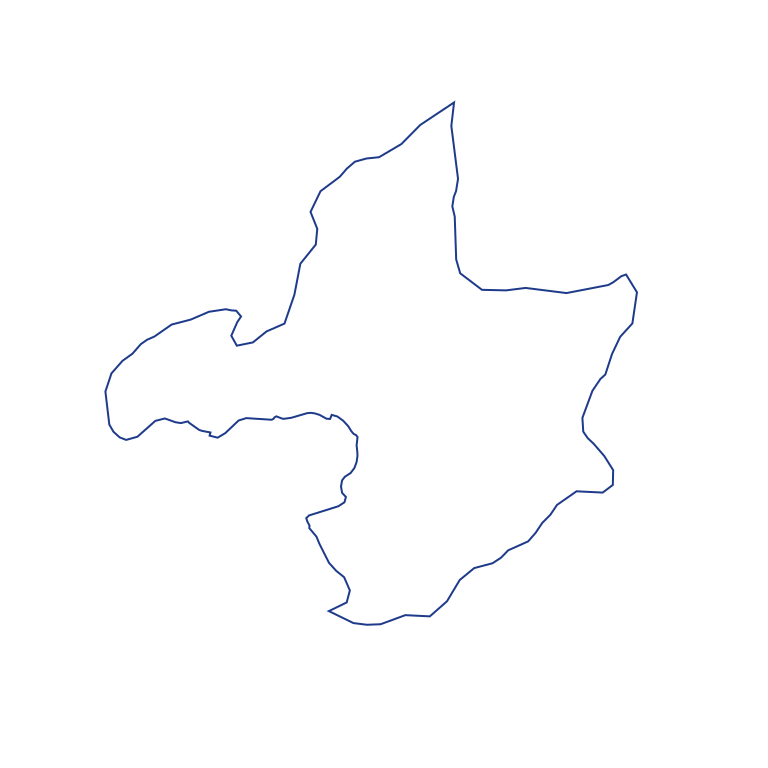 SVG path tracing the border of Malatya, rotated 157°
{"feature_id": "TUR-2284", "entity_name": "Malatya", "entity_type": "Province", "adm_level": 1, "iso_a3": "TUR", "parent_name": "Turkey", "parent_adm1": "", "projection": "natural_earth1", "projection_center": [38.295, 38.485], "detail": "fine", "context": "isolated", "style": "outline", "palette": "blue", "viewbox_px": 768, "rotation_deg": 157, "n_neighbors": 0, "source": "natural_earth", "source_scale": "10m", "svg_char_len": 1954}
<svg xmlns="http://www.w3.org/2000/svg" viewBox="0 0 768 768"><g transform="rotate(157 384 384)"><path d="M372.9,179.3L390.9,174.0L410.9,159.4L432.6,152.2L454.7,162.9L481.0,164.2L493.7,169.0L505.6,175.9L523.5,196.5L503.7,197.5L496.1,207.3L496.2,221.7L501.0,230.7L504.5,240.8L505.9,262.2L505.8,269.8L509.1,280.6L507.9,282.7L508.3,287.3L508.0,290.9L504.3,292.3L473.7,289.3L466.6,290.6L463.2,294.9L465.1,300.2L463.6,306.5L460.2,311.7L456.3,313.9L449.5,315.1L444.0,318.3L439.7,322.9L436.5,328.2L435.1,331.9L433.2,338.2L429.1,345.5L429.7,347.9L431.5,350.0L432.5,353.3L433.4,359.1L435.9,366.1L439.6,372.3L444.2,376.0L447.3,372.9L450.5,374.5L455.4,380.8L459.2,384.0L462.5,386.0L466.2,387.2L482.4,389.1L489.9,391.1L491.2,391.9L495.8,396.3L497.7,396.1L499.4,395.1L501.4,395.0L524.1,406.4L532.1,407.2L549.3,400.8L558.1,399.6L564.7,404.6L562.7,407.2L569.9,412.0L572.2,414.1L578.6,424.5L579.1,426.2L586.3,427.4L590.9,430.3L599.2,437.9L608.9,439.4L631.6,431.8L643.2,433.3L648.2,438.2L651.7,445.8L652.7,454.0L643.4,485.9L630.7,500.3L615.7,507.5L603.7,510.2L592.3,515.7L584.8,517.3L576.8,517.4L556.3,521.7L536.7,518.8L517.0,518.9L500.3,514.6L495.9,511.5L491.4,509.2L489.2,502.0L495.0,498.2L505.7,488.1L504.5,476.8L488.4,473.5L471.6,478.3L452.0,478.5L431.6,501.2L414.0,527.4L392.3,539.0L384.8,552.9L384.4,571.1L367.1,586.3L343.8,592.0L334.0,596.8L323.9,600.0L311.9,598.4L300.0,594.7L274.2,598.1L249.4,608.3L209.5,615.8L221.2,595.2L235.7,543.9L242.3,533.4L246.6,529.0L251.7,520.8L253.5,510.4L268.9,470.4L270.6,456.1L257.0,432.4L235.1,422.5L216.1,417.1L180.5,396.4L138.9,387.5L133.6,388.0L123.4,390.5L118.4,390.2L115.3,369.6L131.7,342.7L148.1,335.2L162.3,322.6L176.6,306.2L182.8,304.1L194.8,296.3L214.6,275.3L219.2,262.3L217.6,254.5L214.4,247.2L209.4,231.7L206.7,215.2L212.8,201.7L225.1,198.6L248.7,210.0L272.0,205.1L282.0,198.6L292.6,194.3L302.5,187.8L312.8,182.8L334.6,182.4L344.1,178.4L354.1,176.6L372.9,179.3Z" fill="none" stroke="#1e3a8a" stroke-width="2"/></g></svg>